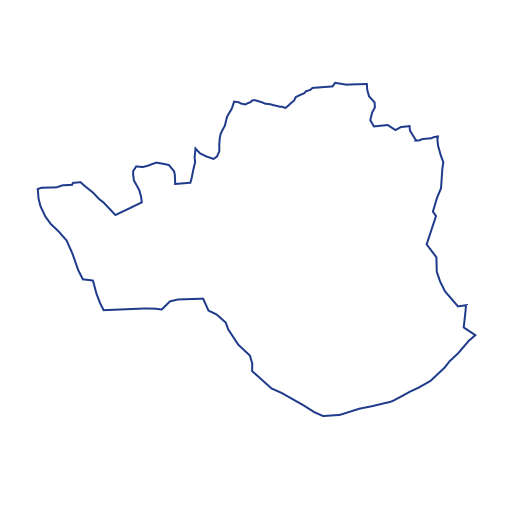 Turkmenbasy, Balkan, Turkmenistan (Albers equal-area conic projection), rotated 175°
{"feature_id": "10190150B25855408224134", "entity_name": "Turkmenbasy", "entity_type": "district", "adm_level": 2, "iso_a3": "TKM", "parent_name": "Turkmenistan", "parent_adm1": "Balkan", "projection": "albers", "projection_center": [54.807, 40.968], "detail": "fine", "context": "isolated", "style": "outline", "palette": "blue", "viewbox_px": 512, "rotation_deg": 175, "n_neighbors": 0, "source": "geoboundaries", "source_scale": "gbopen_adm2", "svg_char_len": 3314}
<svg xmlns="http://www.w3.org/2000/svg" viewBox="0 0 512 512"><g transform="rotate(175 256 256)"><path d="M64.3,359.2L64.3,359.3L68.5,358.9L71.2,358.0L71.3,358.0L79.2,358.0L79.4,358.0L80.5,357.9L80.8,357.8L82.4,357.2L83.7,356.9L84.8,357.0L85.4,357.0L86.5,357.1L86.1,357.4L86.9,357.9L88.3,360.7L89.9,364.0L91.5,367.2L91.5,367.3L91.7,368.4L91.7,370.3L91.7,370.5L91.7,372.0L100.5,371.8L106.1,369.3L113.4,375.0L127.2,374.8L130.3,381.3L127.9,388.6L124.6,393.7L124.5,398.7L129.5,405.3L130.7,411.7L130.6,417.7L134.3,417.9L146.3,418.6L151.1,418.8L153.0,419.3L162.1,421.6L164.8,418.5L165.0,418.3L169.3,418.3L173.4,418.4L177.8,418.4L182.4,418.5L185.1,418.5L187.5,416.7L190.7,416.0L191.6,415.9L192.7,415.0L194.0,413.8L194.9,413.6L197.3,412.8L202.5,410.9L203.4,409.4L204.7,407.3L204.9,407.2L207.6,405.5L208.8,404.5L210.2,403.4L211.0,402.8L213.7,400.9L213.8,400.9L217.5,402.6L218.7,402.5L219.4,402.7L222.7,403.9L222.8,403.9L225.4,404.7L226.6,405.2L228.4,405.9L229.3,406.1L232.9,406.8L233.6,406.9L233.7,407.0L236.9,408.7L239.1,409.6L242.2,410.8L243.8,411.4L246.2,411.3L247.1,410.5L247.9,409.8L248.3,409.7L250.8,408.9L253.7,407.9L253.9,408.0L256.0,408.7L257.7,409.2L258.1,409.5L260.2,410.8L264.1,411.6L264.3,411.7L266.8,406.0L267.1,405.3L267.3,404.9L272.7,397.3L275.2,389.9L275.7,388.4L275.9,388.2L278.6,384.1L280.6,380.7L281.9,376.2L282.9,370.3L283.4,363.6L284.3,361.9L286.0,358.9L286.2,358.5L287.0,358.0L289.9,356.4L293.6,358.1L296.8,359.5L298.9,360.8L302.0,362.6L302.8,363.1L303.7,364.3L305.2,366.1L306.9,368.3L307.8,363.4L308.6,359.5L308.5,357.0L308.5,354.9L308.5,354.6L309.2,352.7L311.1,346.9L312.9,340.7L313.1,339.8L313.5,338.8L315.0,334.7L330.3,334.8L330.1,336.8L330.0,338.6L329.9,341.9L329.8,344.1L330.2,347.5L332.5,350.8L334.8,354.2L340.3,355.9L347.1,357.7L351.2,356.7L355.9,355.3L358.0,355.0L360.4,354.6L361.3,354.5L367.5,355.7L371.0,351.2L371.3,347.6L371.2,345.5L371.1,342.3L371.1,342.0L369.8,339.2L369.1,337.5L368.2,335.6L367.3,333.4L366.8,332.3L366.4,331.3L366.2,330.2L366.2,329.7L366.0,328.8L365.8,327.6L365.4,325.7L365.3,324.3L365.2,321.8L365.1,319.4L384.1,312.2L392.4,309.1L392.6,309.2L403.3,322.7L406.8,325.9L407.3,326.4L409.4,329.0L412.7,333.2L415.1,335.5L418.3,338.6L419.2,339.4L420.5,340.7L422.2,342.5L424.4,344.8L424.5,344.8L431.7,344.8L431.9,344.8L433.1,342.9L442.2,343.3L448.0,342.0L448.2,341.9L448.7,341.8L451.0,341.9L463.7,342.7L465.4,342.3L467.4,341.8L467.6,341.7L467.6,341.4L467.6,334.5L467.6,331.8L467.5,331.4L466.4,324.5L462.4,313.7L457.7,305.8L450.6,297.8L447.7,293.9L443.3,287.9L439.7,277.4L438.5,273.8L437.2,268.7L434.4,257.6L433.0,254.1L430.5,247.8L430.2,247.8L420.7,245.8L420.6,245.7L419.6,240.2L418.2,232.4L415.4,222.6L412.5,215.3L371.1,213.4L360.9,212.3L354.6,210.9L345.7,218.3L337.4,219.5L312.4,218.1L308.1,205.8L300.4,201.2L292.0,192.4L290.0,185.1L281.3,169.1L270.8,157.4L269.1,149.2L269.9,141.7L252.1,122.7L242.5,117.4L221.4,102.9L211.5,95.3L203.1,90.7L186.4,90.4L166.2,94.9L154.0,96.2L134.4,99.1L131.6,100.0L120.6,104.7L114.6,107.4L105.9,110.5L93.2,116.3L77.8,128.4L72.2,134.4L63.1,141.5L51.3,153.1L44.4,158.0L55.3,166.7L51.9,183.7L51.2,188.7L59.2,188.2L70.8,204.3L74.8,214.5L77.3,224.6L76.4,239.0L85.0,252.7L73.2,280.1L75.9,284.8L70.6,298.2L65.8,307.3L62.8,326.4L61.2,333.2L63.1,339.8L65.0,349.9L65.1,353.6L65.1,356.8L64.3,359.2Z" fill="none" stroke="#1e3a8a" stroke-width="2"/></g></svg>